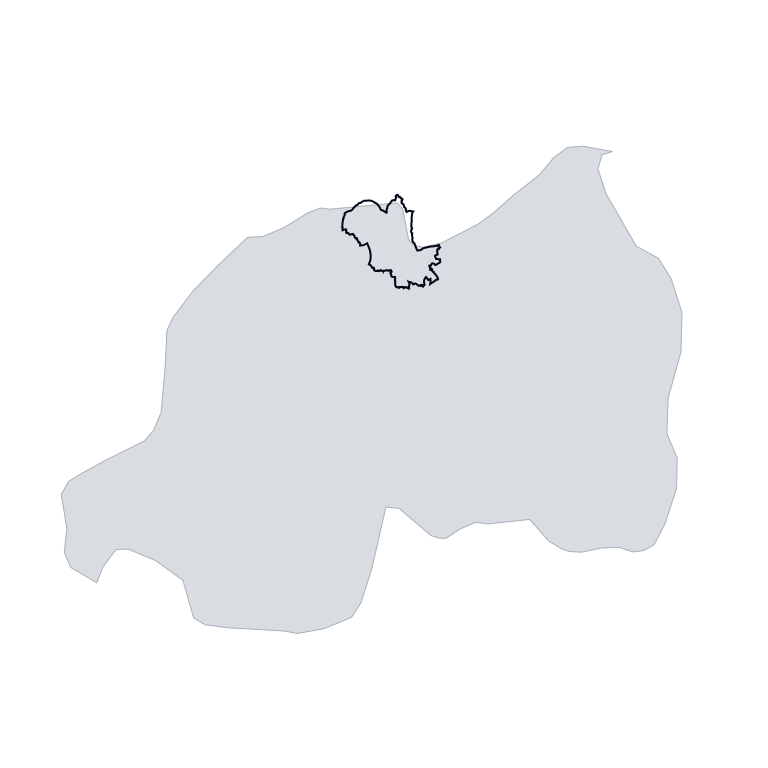 Burera, Northern, Rwanda (highlighted), rotated 8°
{"feature_id": "39286606B41980105768775", "entity_name": "Burera", "entity_type": "district", "adm_level": 2, "iso_a3": "RWA", "parent_name": "Rwanda", "parent_adm1": "Northern", "projection": "albers", "projection_center": [29.857, -1.461], "detail": "fine", "context": "in_parent", "style": "outline", "palette": "ink", "viewbox_px": 768, "rotation_deg": 8, "n_neighbors": 0, "source": "geoboundaries", "source_scale": "gbopen_adm2", "svg_char_len": 7024}
<svg xmlns="http://www.w3.org/2000/svg" viewBox="0 0 768 768"><g transform="rotate(8 384 384)"><path d="M296.5,218.6L306.3,218.4L371.4,202.8L377.9,207.7L388.4,237.9L393.9,242.3L403.0,243.4L421.2,236.4L454.7,212.8L469.3,198.5L486.5,178.3L508.5,155.6L520.8,135.8L532.8,124.2L548.5,120.7L565.8,121.6L577.9,122.0L568.0,126.7L565.9,141.2L577.3,164.5L614.7,212.5L638.4,221.4L653.9,240.1L669.1,271.6L673.6,311.0L667.3,358.4L671.0,393.6L684.7,416.7L688.2,446.7L681.7,483.5L673.8,505.5L664.4,512.8L653.8,515.6L639.4,513.1L621.9,516.2L602.8,523.1L590.8,524.1L583.4,522.7L569.3,516.8L547.1,497.8L505.7,508.3L494.5,508.0L479.3,517.1L466.9,528.2L459.4,529.0L451.7,527.5L416.0,505.0L403.0,505.7L397.6,568.8L391.6,603.8L384.3,619.5L358.7,634.6L333.0,643.1L319.0,642.5L262.4,647.2L240.3,647.3L228.1,642.2L212.2,606.4L182.2,590.5L153.5,583.1L141.7,585.2L131.3,603.9L127.1,620.7L99.2,609.2L90.8,595.0L90.0,571.1L79.8,538.2L85.4,524.2L96.3,515.1L119.5,497.8L154.7,473.7L162.3,462.2L167.2,443.1L165.0,398.7L161.6,361.2L165.7,347.8L181.8,318.8L203.4,289.2L228.5,257.8L243.7,254.7L263.6,242.8L284.6,225.2L296.5,218.6Z" fill="#d9dde1" stroke="#a8b0b8" stroke-width="1"/><path d="M407.1,281.3L407.6,281.4L408.7,281.9L408.5,281.0L408.3,280.7L408.7,280.7L409.5,281.2L410.3,280.5L410.4,280.0L410.2,279.7L409.9,279.0L409.5,277.6L409.4,277.4L409.3,275.5L409.8,273.8L410.7,272.2L411.4,272.7L413.3,274.9L415.4,273.5L415.9,276.5L415.8,278.6L417.9,276.6L419.8,275.1L421.3,273.3L422.6,273.2L423.0,272.9L423.3,273.2L422.4,271.3L421.4,270.2L421.0,269.5L419.9,268.6L419.4,268.0L418.6,267.7L418.2,267.1L418.2,266.7L417.8,266.2L417.6,266.1L417.1,266.2L416.5,265.7L416.2,265.6L415.8,264.7L415.8,263.8L415.2,263.4L414.9,264.7L413.9,264.5L414.0,264.3L413.9,263.6L413.5,263.1L413.3,262.5L413.3,262.3L412.4,260.8L412.5,260.4L413.2,260.6L413.3,260.4L414.0,260.2L414.0,259.6L414.2,259.4L414.5,258.3L414.8,257.9L415.6,257.8L416.5,257.8L417.1,258.1L417.8,258.8L418.9,258.9L419.7,258.0L420.2,257.8L420.9,256.9L422.1,256.4L422.2,256.0L422.7,255.3L422.1,252.7L420.6,253.1L420.4,253.0L420.3,252.8L419.6,252.7L418.9,252.9L418.2,252.9L418.0,252.4L417.9,252.2L417.6,251.7L417.3,251.4L416.9,250.8L416.7,249.9L416.9,249.5L417.3,249.2L418.0,248.9L418.9,248.5L419.0,248.3L419.0,247.4L418.4,246.3L418.3,245.6L418.0,245.3L418.0,245.1L418.2,244.9L418.1,243.3L418.2,243.1L418.5,242.9L419.4,242.8L419.2,242.0L419.7,241.9L420.0,241.7L420.5,241.0L419.8,240.7L419.8,240.2L419.0,238.7L418.8,238.6L417.6,239.4L417.3,240.0L416.0,240.0L413.3,241.0L412.9,241.1L412.3,240.9L406.4,243.1L404.1,244.0L401.5,246.4L398.4,247.2L398.2,247.0L394.9,241.3L394.7,240.6L394.3,240.2L393.2,239.7L392.9,239.4L392.0,237.8L391.8,236.7L392.0,236.1L391.9,235.0L391.4,234.0L391.3,233.5L390.9,232.3L390.9,231.7L391.2,231.3L390.8,230.7L390.0,230.2L389.5,229.2L389.6,227.9L389.7,227.4L389.7,226.9L390.2,226.5L390.2,226.3L390.1,225.8L389.7,225.1L389.3,224.7L389.0,223.9L389.0,223.6L389.1,222.9L388.8,221.6L388.8,220.9L388.7,219.9L388.9,218.6L388.5,217.4L388.5,216.7L388.2,216.1L388.3,214.9L388.1,213.7L388.3,212.7L388.2,211.7L388.2,211.0L388.1,210.7L388.3,209.8L388.8,209.1L385.1,208.9L383.6,209.6L382.6,210.4L382.4,210.5L382.3,210.3L381.3,208.8L381.3,208.5L381.5,208.2L381.5,207.8L380.5,206.5L379.3,205.9L379.3,205.3L378.6,204.4L378.6,203.6L377.5,203.0L377.2,202.9L376.6,202.7L376.1,202.2L376.4,201.5L376.4,201.3L376.0,200.9L376.1,200.2L375.9,199.9L376.7,199.0L376.6,198.4L376.4,198.1L375.8,197.9L375.0,197.8L374.4,197.1L373.9,196.6L373.1,196.9L372.6,196.6L371.7,195.3L371.1,194.8L370.7,194.8L370.0,195.4L369.4,196.5L370.0,197.0L370.1,197.7L370.1,198.1L369.7,198.8L369.5,200.4L368.8,200.3L368.3,200.8L367.6,200.7L366.5,201.1L366.3,201.7L365.4,202.7L365.3,203.6L365.2,203.9L364.8,204.3L364.6,204.7L363.9,205.4L363.7,205.8L362.7,207.3L362.8,208.2L362.5,209.5L362.7,209.9L362.3,211.3L362.3,211.7L362.4,212.4L362.9,213.2L362.6,214.1L358.9,212.4L357.0,212.1L356.7,211.9L355.0,209.5L354.0,208.4L352.6,207.1L351.4,206.3L347.6,204.8L345.7,204.3L343.7,204.3L341.2,204.9L339.7,205.2L339.0,205.2L337.9,206.0L337.1,206.4L335.8,207.8L335.4,208.0L334.5,208.2L334.0,208.5L333.7,208.7L333.4,209.5L332.7,210.5L331.7,210.8L331.3,211.1L330.5,212.5L329.4,213.7L328.5,215.6L327.2,216.8L327.0,217.1L325.3,217.6L323.9,218.2L321.5,220.3L321.4,220.2L321.3,220.3L321.2,220.8L321.6,221.5L321.5,222.5L321.3,223.2L321.0,223.6L320.8,225.0L320.9,225.6L320.7,225.7L320.8,225.9L320.6,226.0L320.4,226.9L320.4,227.3L320.6,227.4L320.6,228.6L320.4,229.9L320.5,230.3L320.7,233.3L321.1,234.5L320.9,234.7L321.3,235.1L321.2,235.8L321.5,236.6L321.6,237.5L322.4,237.1L322.8,236.7L323.2,236.7L323.9,236.4L325.0,236.2L325.3,238.1L325.4,239.2L325.9,239.7L326.4,239.3L326.6,239.5L326.9,239.3L327.3,239.4L327.7,239.7L328.0,239.8L328.4,240.2L328.9,240.4L329.2,240.9L329.6,240.7L330.5,240.5L331.2,240.1L331.8,240.3L332.1,239.8L332.4,239.7L333.5,240.8L334.0,241.0L334.3,242.1L334.5,242.7L334.9,242.9L335.0,243.2L335.8,243.5L336.0,243.4L336.4,243.4L336.3,243.6L336.5,243.6L336.9,243.9L336.8,244.3L336.9,244.6L337.7,244.9L337.8,245.4L338.5,246.0L338.9,247.2L339.3,247.4L339.8,247.1L340.5,247.7L340.8,248.1L341.1,250.3L344.5,249.3L347.8,247.0L351.4,253.4L351.7,254.2L352.7,257.7L353.2,260.9L353.2,263.5L352.9,265.5L352.2,267.4L352.9,267.9L353.6,268.0L354.9,268.8L355.5,269.7L356.0,270.5L356.2,270.4L357.1,270.5L357.2,270.3L357.5,270.3L357.6,270.5L358.0,270.7L358.0,270.9L358.2,271.0L358.2,271.6L358.0,271.9L358.4,272.6L359.7,273.3L361.1,273.1L361.9,272.8L362.1,272.5L362.4,272.8L362.9,273.0L363.7,272.4L364.3,272.5L365.0,272.3L365.1,271.7L365.9,271.9L366.2,272.2L366.8,272.1L367.1,272.3L367.5,272.3L367.6,272.5L367.7,272.1L368.1,272.0L368.4,271.7L369.0,271.8L369.3,271.7L369.8,271.3L370.6,271.0L371.0,270.9L371.8,271.3L372.5,271.1L372.9,270.8L373.1,271.0L373.7,270.8L374.0,270.9L374.5,270.4L375.0,270.4L375.0,270.6L375.2,270.9L375.9,271.4L375.9,271.8L375.8,272.1L375.1,272.3L375.2,272.6L375.4,272.7L374.9,273.3L375.3,273.6L375.3,274.1L375.9,274.8L376.0,275.5L376.2,275.9L376.3,276.1L376.5,276.5L377.2,276.7L378.6,276.7L379.9,276.5L379.9,276.9L380.2,277.3L380.3,277.8L380.5,278.1L380.3,278.6L380.2,279.5L380.6,279.9L380.6,280.3L381.0,281.1L380.8,282.1L381.3,283.5L381.2,284.0L381.4,284.7L382.0,285.2L381.9,285.5L382.0,285.7L382.5,286.2L383.1,286.4L383.9,286.4L384.2,286.3L384.4,286.5L385.1,286.1L385.3,286.3L385.6,286.3L385.8,286.5L386.0,286.2L386.1,285.7L386.6,285.6L386.9,285.7L387.7,285.5L388.0,285.6L388.5,285.4L389.3,285.5L389.7,285.3L389.9,285.7L389.8,286.1L390.1,286.3L390.2,286.0L390.6,285.8L391.1,285.3L391.8,285.1L392.1,285.3L392.5,285.1L392.8,285.3L393.2,285.2L393.3,285.6L394.6,285.7L395.3,285.6L395.5,285.9L395.6,285.7L395.5,285.3L395.2,284.3L395.0,283.7L395.2,283.1L395.2,282.7L395.4,282.2L395.4,281.1L394.5,280.1L394.2,279.5L394.4,279.6L394.9,279.5L395.0,279.7L395.3,279.7L396.7,279.5L397.4,280.1L398.3,280.3L398.8,280.7L399.0,281.3L399.4,281.1L399.3,280.8L400.2,280.6L400.6,280.1L402.5,280.6L403.0,280.9L403.3,281.2L403.9,281.4L403.9,281.6L404.8,281.9L406.0,281.6L406.4,281.1L406.9,281.6L407.1,281.3Z" fill="none" stroke="#020617" stroke-width="2"/></g></svg>